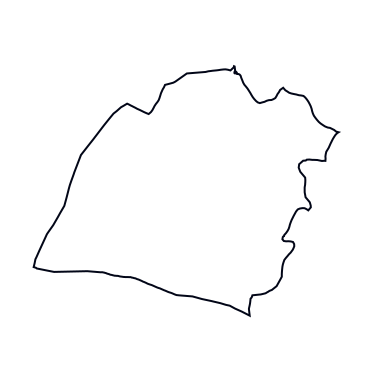 Bani Qays, Hajjah, Yemen (Mercator projection), rotated 24°
{"feature_id": "15242507B13849727966000", "entity_name": "Bani Qays", "entity_type": "district", "adm_level": 2, "iso_a3": "YEM", "parent_name": "Yemen", "parent_adm1": "Hajjah", "projection": "mercator", "projection_center": [43.354, 15.631], "detail": "fine", "context": "isolated", "style": "outline", "palette": "ink", "viewbox_px": 384, "rotation_deg": 24, "n_neighbors": 0, "source": "geoboundaries", "source_scale": "gbopen_adm2", "svg_char_len": 4307}
<svg xmlns="http://www.w3.org/2000/svg" viewBox="0 0 384 384"><g transform="rotate(24 192 192)"><path d="M96.8,137.7L94.2,141.4L92.7,143.4L90.3,148.7L88.4,152.3L86.5,159.2L84.6,166.4L83.8,169.7L82.8,173.9L81.4,179.8L81.1,181.0L80.4,184.0L78.4,191.8L75.5,203.4L75.6,205.1L76.5,222.1L76.7,223.8L77.2,230.8L77.6,235.4L78.1,238.8L79.1,244.6L79.8,248.8L81.0,256.6L80.1,264.8L79.7,269.4L78.7,278.8L77.1,286.8L76.7,289.0L76.6,289.8L76.6,291.7L76.5,299.5L76.4,308.0L76.4,315.2L76.3,317.1L77.2,321.1L77.9,325.0L80.2,324.7L81.3,325.0L92.0,322.6L98.5,321.1L128.6,306.9L141.2,302.5L142.6,301.8L143.2,301.7L144.0,301.5L144.2,301.4L145.2,301.3L146.2,301.1L147.2,301.1L148.3,301.0L149.4,300.8L150.4,300.8L151.4,300.7L152.4,300.4L153.3,300.3L154.4,300.1L155.5,299.9L156.5,299.5L157.4,299.2L158.3,298.8L159.3,298.6L160.3,298.5L161.7,298.1L162.7,297.8L163.9,297.5L164.4,297.3L164.7,297.2L164.8,297.1L165.8,296.8L166.7,296.4L167.5,296.0L168.5,295.6L169.6,295.2L170.6,294.7L171.6,294.7L172.7,294.4L174.2,294.2L175.4,293.9L176.4,293.9L177.4,293.9L178.8,293.7L180.1,293.7L181.4,293.7L182.0,293.7L182.4,293.7L183.7,293.8L183.8,293.8L184.8,293.7L185.8,293.7L186.1,293.7L186.8,293.7L187.1,293.7L188.3,293.8L189.2,293.8L190.3,293.7L191.4,293.6L193.0,293.4L194.0,293.4L195.2,293.4L196.6,293.4L197.6,293.4L199.0,293.4L200.4,293.3L201.8,293.1L203.2,293.1L204.8,293.1L206.5,293.1L207.8,293.0L208.5,293.0L209.2,293.0L210.6,293.0L212.0,292.9L213.5,292.7L215.0,292.6L216.5,292.6L217.8,292.6L219.2,292.5L219.6,292.5L222.4,291.6L234.9,287.2L244.8,285.7L254.2,283.7L256.4,283.3L263.2,282.0L268.9,281.3L272.7,280.5L278.8,281.0L286.0,281.0L295.0,281.5L291.6,275.8L291.4,275.2L290.9,272.7L290.4,270.4L289.7,268.1L288.9,265.7L289.4,264.0L289.2,261.8L294.4,258.8L296.5,257.6L298.6,256.0L300.4,254.6L301.7,252.7L302.0,252.4L303.0,250.8L304.8,249.0L307.6,243.6L308.2,236.9L308.5,232.9L307.4,230.4L306.6,228.3L305.8,226.0L305.1,223.8L305.0,223.5L304.5,221.3L304.2,219.0L304.0,216.5L304.6,214.0L305.3,211.7L305.9,209.5L306.8,207.2L307.4,204.4L307.5,204.1L307.6,202.4L307.5,200.0L306.5,198.0L304.6,196.6L302.3,197.0L300.0,197.8L298.0,198.8L295.8,199.4L293.8,198.4L293.3,196.2L293.6,195.2L293.8,195.1L294.0,194.9L293.8,193.7L294.6,191.3L295.1,188.8L295.3,186.5L295.1,184.2L294.7,182.0L294.5,179.5L294.4,177.1L294.5,174.8L294.6,172.4L294.8,169.9L295.0,167.5L295.7,164.9L297.2,163.3L299.3,161.9L301.4,161.0L303.7,161.1L305.7,161.5L306.8,157.7L305.9,156.0L303.8,153.5L297.9,150.6L296.4,148.4L295.5,147.1L295.1,146.5L295.0,146.3L294.0,144.1L293.5,143.0L293.0,141.8L292.4,139.4L291.9,138.1L291.6,137.2L290.7,135.0L289.5,132.8L282.7,129.5L279.6,126.4L278.6,123.0L280.8,118.2L283.1,117.0L283.7,115.8L286.0,114.6L288.9,113.7L291.2,112.7L293.5,111.8L295.8,111.3L298.1,110.8L300.1,109.7L301.2,109.3L300.5,107.3L299.4,105.2L298.8,103.1L298.3,100.6L298.6,98.4L298.9,96.0L298.9,93.5L298.9,91.3L299.0,88.9L299.1,86.5L299.4,84.0L299.8,81.6L300.7,79.1L301.6,77.8L299.1,78.2L296.7,77.5L294.4,77.4L292.0,77.3L289.8,77.9L286.9,78.0L284.3,77.6L281.6,77.1L279.3,76.4L276.7,75.2L274.3,73.9L272.3,72.7L270.4,71.0L268.9,69.3L267.4,67.3L265.5,65.3L263.6,63.7L261.5,62.1L259.2,60.7L257.0,59.6L254.8,58.9L252.5,59.4L250.3,60.1L247.6,60.5L245.5,61.0L242.6,61.6L240.4,61.8L238.1,61.4L235.9,61.1L232.9,59.7L231.0,62.9L230.8,65.5L230.3,67.7L230.2,70.0L229.9,72.3L228.6,74.1L227.2,75.6L224.9,76.8L223.1,78.3L221.6,80.1L219.7,81.6L217.8,83.2L215.6,83.4L213.4,82.8L210.9,81.7L208.9,80.6L207.0,79.3L205.0,77.8L202.6,76.2L200.6,74.9L198.3,73.7L196.2,72.7L194.3,71.3L192.5,69.5L190.6,67.7L189.1,66.0L187.9,65.4L187.2,65.3L186.2,65.4L185.4,65.8L184.6,65.9L184.4,65.4L184.5,64.9L184.3,64.7L184.1,64.6L183.6,64.3L183.0,64.9L182.7,66.1L182.3,66.0L182.0,65.2L182.0,63.5L179.9,60.0L179.2,60.0L179.4,61.2L177.7,65.3L175.1,65.7L172.8,66.3L170.8,67.3L168.6,68.6L166.6,69.9L164.6,71.1L162.8,72.1L162.3,72.4L161.4,72.9L160.3,73.6L157.8,75.1L155.6,76.8L139.1,85.8L131.9,97.9L130.5,99.7L128.7,101.2L126.1,103.3L123.8,105.1L123.8,107.5L123.6,109.5L123.5,109.8L123.5,112.1L123.5,114.4L123.8,116.8L124.1,119.6L124.2,121.8L123.8,124.0L123.2,126.3L122.8,128.8L122.7,131.0L122.5,133.5L122.0,135.7L120.7,138.4L118.3,138.5L115.8,138.5L113.5,138.4L111.0,138.3L108.4,138.3L108.0,138.3L105.9,138.1L103.7,138.0L102.1,137.9L101.2,137.9L98.6,137.7L96.8,137.7Z" fill="none" stroke="#020617" stroke-width="2"/></g></svg>